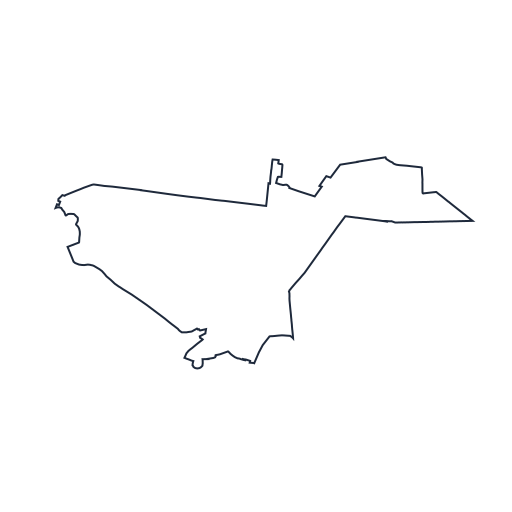 outline of Chiajna, Bucharest, Romania, rotated 191°
{"feature_id": "2599482B24366344926060", "entity_name": "Chiajna", "entity_type": "district", "adm_level": 2, "iso_a3": "ROU", "parent_name": "Romania", "parent_adm1": "Bucharest", "projection": "mercator", "projection_center": [25.969, 44.45], "detail": "fine", "context": "isolated", "style": "outline", "palette": "slate", "viewbox_px": 512, "rotation_deg": 191, "n_neighbors": 0, "source": "geoboundaries", "source_scale": "gbopen_adm2", "svg_char_len": 5716}
<svg xmlns="http://www.w3.org/2000/svg" viewBox="0 0 512 512"><g transform="rotate(191 256 256)"><path d="M258.1,353.9L258.1,353.3L258.1,353.1L258.1,352.6L258.0,350.7L257.8,348.8L257.8,348.3L257.7,347.5L257.6,346.6L257.4,344.2L257.4,343.6L257.5,343.3L257.5,343.1L257.4,342.9L257.2,340.6L256.9,336.5L256.6,333.9L256.2,331.2L256.1,330.3L256.1,329.6L257.6,329.8L256.1,313.3L255.9,310.9L255.6,307.1L256.5,307.0L257.8,306.9L258.8,306.8L260.8,306.7L273.8,305.8L281.9,305.2L297.4,304.1L298.4,304.0L300.1,303.8L304.7,303.4L306.7,303.2L315.5,302.7L322.0,302.3L325.2,302.0L334.2,301.3L345.0,300.6L355.5,300.0L376.5,298.9L381.4,298.6L381.4,298.8L410.3,296.7L418.5,295.8L420.9,295.7L425.0,295.5L428.3,295.3L429.1,295.2L430.1,294.8L430.9,294.4L438.0,290.2L441.3,288.0L444.5,286.0L449.3,282.9L455.1,279.1L455.3,278.6L457.7,278.8L459.4,276.2L460.8,274.4L460.8,273.8L460.6,272.4L458.6,272.0L459.2,268.4L461.2,268.8L461.9,264.9L460.8,265.6L459.1,266.1L458.4,266.2L457.3,266.1L456.3,266.0L455.1,264.6L454.1,263.8L452.6,262.6L452.1,261.8L451.1,260.2L450.8,259.7L450.5,259.5L450.1,259.6L449.7,260.0L448.8,261.0L448.6,261.2L447.9,261.5L446.1,262.0L445.4,262.1L443.0,262.4L442.5,262.3L442.1,262.1L440.2,260.8L438.4,259.7L438.2,259.3L438.0,258.6L437.8,257.5L437.7,256.3L437.8,255.8L438.0,255.3L438.7,253.0L438.7,252.7L438.5,252.4L437.7,251.8L436.6,251.1L436.3,250.8L435.6,250.1L434.6,248.6L434.1,247.4L433.7,246.5L433.5,245.7L433.1,243.9L433.0,242.9L432.9,240.5L432.6,238.2L432.3,236.0L432.3,235.8L432.4,235.4L442.7,229.0L436.1,218.9L434.0,215.6L432.2,214.6L430.1,214.2L427.9,213.8L426.8,213.9L425.8,213.9L422.9,214.3L419.4,215.5L419.2,215.5L417.2,215.7L416.4,215.6L414.6,215.6L413.1,215.3L407.2,213.2L404.3,211.8L401.0,209.3L398.9,207.5L394.3,205.0L389.4,201.9L385.0,199.9L383.3,199.3L380.5,198.1L370.6,194.4L354.2,187.2L333.6,177.2L329.0,174.7L325.3,172.8L323.6,172.0L320.8,170.6L318.8,169.6L317.5,168.5L316.3,167.8L314.2,166.9L311.2,167.5L309.7,167.8L307.9,168.5L305.2,169.4L304.5,169.8L304.2,170.0L302.4,171.6L301.6,172.2L300.9,172.8L300.1,173.5L298.8,172.7L298.1,173.3L296.7,172.2L291.1,174.7L291.0,171.3L290.9,170.3L291.5,169.9L292.5,169.1L295.9,166.4L295.2,165.0L294.9,164.9L294.4,164.8L292.4,163.9L292.7,163.4L296.8,158.8L301.3,153.3L302.6,151.9L304.3,149.8L304.8,148.8L305.1,148.3L305.7,147.2L306.4,144.0L306.5,143.7L306.8,142.4L306.1,142.3L305.7,142.2L305.3,142.1L304.2,141.9L302.7,141.7L300.5,141.3L299.8,141.1L298.0,140.9L297.5,140.9L297.6,139.6L297.6,138.2L297.6,137.8L297.4,136.5L297.1,136.4L296.7,135.9L296.5,135.6L296.2,135.2L295.1,134.7L294.3,134.4L293.2,134.4L292.2,134.4L290.3,135.1L289.7,135.5L288.9,136.2L288.0,137.5L287.7,138.0L287.7,138.3L287.7,138.9L287.8,139.5L287.8,140.4L288.2,142.2L288.6,143.9L288.7,144.2L288.8,144.5L285.0,145.3L283.6,145.6L283.8,145.8L278.3,147.8L276.8,148.8L276.8,149.0L276.4,150.0L276.8,150.8L276.5,151.1L276.1,151.2L275.7,151.4L274.8,151.7L273.4,152.3L272.7,152.6L272.2,152.9L267.3,155.8L266.1,156.5L265.3,157.0L264.7,156.8L264.4,156.5L263.6,156.0L262.7,155.3L261.9,154.8L261.3,154.5L259.8,153.7L258.8,153.3L257.8,152.8L256.8,152.5L256.2,152.4L254.6,152.0L253.8,152.1L253.2,152.1L252.2,152.1L251.6,151.9L250.4,151.8L249.4,151.7L249.3,152.4L248.0,152.3L247.9,151.6L246.6,151.6L246.6,151.8L246.6,152.4L245.8,152.4L243.5,152.1L241.7,151.9L241.7,151.0L241.8,150.1L238.8,150.4L238.4,150.5L237.7,150.5L237.3,150.4L234.7,162.4L234.5,162.9L232.4,169.8L227.4,179.6L226.8,179.9L224.3,180.5L221.9,181.2L219.3,182.0L215.7,183.0L214.0,183.3L210.6,183.7L207.3,184.1L205.9,183.5L204.6,182.8L204.4,182.7L203.9,182.3L204.0,182.7L204.7,185.2L206.2,190.2L206.3,190.4L207.5,194.6L207.5,194.8L208.2,197.1L208.5,198.1L208.8,199.0L209.0,199.7L209.1,200.2L209.9,202.8L210.6,205.3L211.3,207.6L212.1,210.2L212.7,212.2L213.6,215.3L214.6,218.7L215.1,220.8L215.4,222.7L216.1,225.9L216.9,227.5L216.6,228.1L216.5,229.0L216.1,229.5L214.9,231.8L211.8,237.3L209.0,241.9L207.1,245.3L205.1,248.7L203.2,252.9L202.7,254.0L200.2,259.5L196.2,268.3L193.3,274.6L192.6,276.3L190.3,281.2L185.8,291.2L184.1,294.7L183.5,296.1L181.7,300.1L180.7,302.1L180.2,303.1L175.9,312.1L166.6,312.7L165.9,312.7L164.1,312.9L156.2,313.4L145.3,314.1L135.7,314.7L135.4,314.7L135.8,315.0L134.7,315.2L132.9,315.4L131.3,315.6L130.4,315.8L129.6,315.9L129.5,316.0L125.8,315.4L122.9,316.0L120.2,316.6L118.6,316.9L115.8,317.5L111.2,318.5L107.7,319.3L105.2,319.8L97.3,321.5L94.8,322.0L92.6,322.5L91.5,322.8L88.9,323.3L87.1,323.8L84.6,324.3L82.2,324.8L81.3,325.0L76.8,326.0L73.3,326.8L67.1,328.1L64.8,328.6L64.0,328.8L60.3,329.6L56.6,330.4L53.8,331.0L51.0,331.6L50.1,331.8L52.9,333.2L53.6,333.6L54.6,334.1L55.0,334.3L57.3,335.5L58.3,336.1L60.7,337.3L61.6,337.8L64.5,339.3L70.1,342.2L75.3,344.9L77.3,346.0L77.7,346.1L82.9,348.9L85.4,350.2L86.2,350.6L88.8,351.9L90.4,352.8L91.2,353.2L91.4,353.2L91.6,353.2L92.0,353.0L94.4,352.3L103.0,349.6L103.7,349.4L103.8,349.3L104.2,349.4L104.5,349.7L104.8,350.7L105.4,353.6L106.5,359.2L106.6,359.4L107.2,363.0L108.5,367.7L109.8,373.0L110.0,374.2L110.3,374.5L111.5,374.5L121.2,373.7L125.1,373.4L132.0,372.6L133.3,372.5L135.5,372.4L137.0,372.6L138.7,373.0L139.8,373.8L142.6,374.5L146.6,376.1L147.7,377.6L174.4,367.9L174.3,367.7L190.8,361.7L192.4,358.4L197.6,347.6L197.8,347.2L202.2,347.8L205.3,341.0L207.1,336.9L204.7,336.6L209.7,325.7L226.4,327.7L236.1,329.1L236.0,329.5L237.3,330.7L238.8,331.6L239.7,331.8L240.1,331.7L240.6,331.6L241.5,331.3L243.0,330.8L244.9,330.9L246.0,330.9L250.2,331.5L250.0,335.0L249.7,337.2L249.6,337.8L249.3,338.0L248.9,338.1L248.7,338.1L246.2,338.5L246.5,342.0L247.0,346.6L247.0,346.8L247.4,350.3L247.5,350.6L247.9,351.0L248.7,351.0L248.9,351.0L250.3,350.9L251.1,351.0L251.5,351.0L251.8,351.1L252.0,354.5L254.6,354.3L256.5,354.1L258.1,353.9Z" fill="none" stroke="#1e293b" stroke-width="2"/></g></svg>